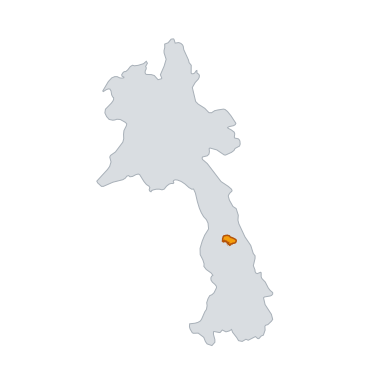 Xaybuathong, Khammouan, Laos (highlighted), rotated 18°
{"feature_id": "54806243B39902865855878", "entity_name": "Xaybuathong", "entity_type": "district", "adm_level": 2, "iso_a3": "LAO", "parent_name": "Laos", "parent_adm1": "Khammouan", "projection": "albers", "projection_center": [105.527, 17.166], "detail": "fine", "context": "in_parent", "style": "filled", "palette": "amber", "viewbox_px": 384, "rotation_deg": 18, "n_neighbors": 0, "source": "geoboundaries", "source_scale": "gbopen_adm2", "svg_char_len": 5634}
<svg xmlns="http://www.w3.org/2000/svg" viewBox="0 0 384 384"><g transform="rotate(18 192 192)"><path d="M138.6,56.1L140.2,59.2L147.9,67.6L149.3,69.9L152.1,71.7L154.4,79.1L155.4,79.6L156.7,79.1L157.7,78.1L158.6,75.2L159.1,74.9L160.0,77.3L162.2,78.0L163.1,79.1L163.4,80.9L163.1,82.7L161.2,86.9L160.0,92.5L167.5,104.8L170.7,106.5L178.4,108.5L183.6,111.3L186.1,110.6L188.4,107.7L191.2,106.0L196.4,103.4L197.9,103.3L200.8,104.4L205.4,107.4L212.5,113.1L212.3,114.6L211.0,116.1L207.2,118.3L205.9,119.7L206.7,120.3L209.8,120.7L213.6,122.0L214.7,123.5L215.3,126.8L216.0,127.5L219.5,127.1L220.6,127.6L221.8,128.7L223.0,131.5L223.0,133.6L219.5,137.3L219.1,139.5L217.3,142.1L212.5,146.5L211.2,146.8L202.5,144.3L195.5,144.6L194.9,145.5L196.1,148.2L196.4,150.8L195.3,152.9L191.2,155.4L191.1,156.6L191.9,157.8L197.7,160.2L216.4,173.1L224.9,175.5L228.6,177.1L229.6,178.1L229.6,179.2L228.6,180.6L227.8,183.1L227.7,184.6L228.6,186.0L230.1,188.2L235.4,193.1L239.2,194.2L243.2,199.8L244.4,204.6L246.4,207.8L256.2,218.3L264.4,224.7L269.3,231.6L271.7,233.2L272.5,235.7L273.1,243.1L276.0,246.7L276.6,248.2L277.8,249.3L279.2,249.5L282.1,247.1L282.7,247.4L284.0,251.3L285.2,252.7L289.5,255.0L294.2,259.7L296.7,261.4L299.8,262.7L300.3,264.1L299.7,265.6L298.7,266.6L293.4,269.4L292.7,270.5L296.3,276.5L305.3,283.8L308.1,288.2L307.5,290.3L305.1,294.7L303.3,295.9L302.8,297.2L304.2,300.7L304.1,306.1L302.4,307.5L300.9,310.8L299.8,311.1L297.0,309.9L291.3,315.6L288.8,315.4L285.9,318.6L282.2,319.0L279.6,316.7L274.0,312.9L272.1,310.5L270.4,312.6L267.5,314.5L263.4,313.9L262.3,316.7L261.5,317.2L256.5,317.8L255.6,318.2L256.4,320.8L259.3,325.2L260.2,327.8L258.4,331.9L253.3,331.8L251.0,330.1L248.1,326.6L241.5,324.3L237.1,325.9L235.8,325.8L232.5,322.9L231.2,320.9L230.5,318.1L235.5,315.8L238.0,314.1L239.7,312.2L240.4,310.2L241.2,302.0L242.0,299.1L241.5,295.5L240.2,292.7L240.2,288.5L240.9,285.1L242.8,283.4L244.1,281.0L244.9,275.5L244.3,274.1L242.4,272.8L239.3,271.5L237.3,269.9L236.5,267.9L236.6,266.2L237.6,264.7L235.2,263.1L229.5,261.3L226.3,259.1L225.7,256.6L223.3,253.2L219.2,249.1L217.1,243.2L216.9,235.5L217.4,229.2L219.2,222.0L216.9,216.7L214.3,213.9L210.7,211.9L207.3,208.9L204.0,205.1L200.1,199.5L195.6,192.0L192.6,188.7L191.0,189.4L187.7,188.7L182.7,186.5L178.4,185.3L174.6,185.1L172.2,185.6L171.0,186.7L170.9,187.8L171.9,188.9L171.4,189.8L169.4,190.4L167.8,191.6L166.0,194.3L164.7,197.8L162.8,199.2L160.0,199.4L157.1,200.4L154.3,202.1L153.0,203.4L153.1,204.3L152.5,204.5L151.2,204.0L150.5,202.8L150.6,200.9L149.2,199.7L146.4,199.0L143.1,196.9L136.9,191.7L135.4,191.5L133.3,192.8L130.6,195.6L128.3,196.7L126.6,196.0L125.2,197.0L124.2,199.6L122.4,201.7L113.8,207.1L106.0,214.0L104.1,214.6L99.5,212.5L98.1,211.1L104.7,196.6L105.8,193.1L105.7,188.4L103.1,184.4L103.0,183.3L103.4,182.1L106.8,177.6L110.8,166.0L110.6,162.4L109.1,158.4L108.3,154.6L109.1,149.4L108.9,147.4L107.2,146.4L101.4,145.2L98.1,146.0L96.4,147.3L94.5,148.2L90.8,148.6L87.5,146.7L84.7,143.7L84.1,140.0L87.9,132.3L88.8,129.4L88.8,127.9L88.2,126.4L87.3,126.2L85.5,124.3L83.8,121.0L82.2,119.5L80.6,119.8L79.1,120.9L76.6,123.9L75.9,123.5L78.3,112.8L80.4,108.3L82.8,106.2L85.3,105.4L87.9,105.8L90.1,105.4L91.9,104.4L91.7,103.7L89.7,103.5L88.9,102.3L89.4,100.0L90.3,98.5L91.8,97.9L93.2,95.6L94.6,91.7L96.3,89.8L98.2,89.8L101.6,88.2L106.3,84.9L108.1,81.8L109.8,83.3L109.1,87.0L110.0,87.8L110.4,89.1L110.1,91.2L110.5,93.0L111.2,93.9L112.2,94.3L117.1,92.9L120.2,92.9L125.0,95.7L128.0,93.7L128.1,93.0L125.7,90.3L126.6,80.9L126.4,73.8L122.5,68.4L121.7,66.2L121.4,62.8L120.3,59.8L123.2,57.4L124.9,53.1L126.9,52.1L127.6,52.3L130.0,55.6L133.1,54.0L135.5,54.1L137.5,55.0L138.6,56.1Z" fill="#d9dde1" stroke="#a8b0b8" stroke-width="1"/><path d="M244.7,230.6L244.8,230.6L244.9,230.4L245.0,230.3L245.0,230.2L244.9,230.1L244.9,229.9L245.0,229.9L244.9,229.9L244.8,229.7L245.2,229.3L245.5,229.1L245.9,229.1L246.1,229.0L246.3,228.9L246.3,228.6L246.4,228.4L246.6,228.2L246.8,228.1L247.2,227.9L247.6,227.8L248.5,227.2L248.8,226.9L248.9,226.7L249.0,226.6L249.2,225.7L249.2,225.4L249.2,225.2L249.1,224.7L249.0,224.4L248.9,224.3L248.7,224.0L248.5,223.9L248.4,223.8L248.2,223.7L247.9,223.6L247.2,223.5L246.2,223.3L244.9,223.1L244.5,223.1L244.3,223.1L243.9,223.1L243.5,223.0L243.2,223.1L242.8,223.1L242.7,223.1L242.1,222.9L241.3,222.3L241.1,222.2L240.9,222.1L240.6,222.2L240.3,222.2L240.1,222.2L239.9,222.3L239.6,222.3L239.4,222.3L239.1,222.2L239.0,222.3L238.6,222.4L238.2,222.6L237.9,222.8L237.7,222.9L237.3,223.0L237.1,223.3L236.9,223.4L236.7,223.5L236.3,223.7L236.1,223.7L236.0,223.8L235.9,223.9L235.8,224.1L235.6,224.7L235.6,224.8L235.5,225.0L235.5,225.3L235.6,225.8L235.6,226.6L235.6,227.2L235.7,227.5L235.8,227.6L236.0,228.0L236.1,228.3L236.1,228.6L236.2,228.8L236.1,229.2L236.3,229.3L236.5,229.4L236.7,229.5L236.7,229.4L236.8,229.4L236.8,229.2L237.1,229.3L237.1,229.2L237.3,229.1L237.5,229.3L237.6,229.2L237.5,228.9L237.8,229.0L238.0,229.1L238.3,229.0L238.3,228.9L238.3,228.7L238.4,228.8L238.5,228.9L238.7,228.7L238.8,228.7L238.9,228.8L239.0,228.8L239.0,228.7L239.2,228.4L239.3,228.2L239.4,228.3L239.6,228.3L239.5,228.5L239.8,228.7L240.0,228.7L240.3,228.7L240.5,228.7L240.5,228.8L240.8,228.8L240.9,229.0L241.0,229.0L241.3,229.1L241.5,229.0L241.8,229.2L241.9,229.3L242.0,229.3L241.9,229.4L242.0,229.4L242.0,229.5L242.1,229.4L242.1,229.5L242.3,229.6L242.4,229.8L242.5,229.8L242.5,229.7L242.6,229.8L242.7,230.0L242.7,229.9L242.8,229.9L242.9,230.0L243.0,230.2L243.0,230.3L243.1,230.2L243.3,230.3L243.5,230.4L243.7,230.5L243.7,230.4L243.8,230.4L243.9,230.5L244.0,230.6L244.3,230.5L244.3,230.4L244.5,230.4L244.5,230.5L244.6,230.4L244.7,230.5L244.7,230.6Z" fill="#f59e0b" stroke="#b45309" stroke-width="1.5"/></g></svg>